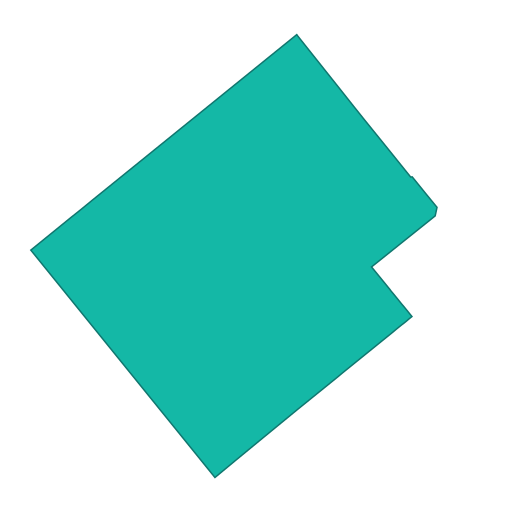 Tapenagá, Chaco, Argentina (Equal Earth projection), rotated 51°
{"feature_id": "61730980B55072056415049", "entity_name": "Tapenagá", "entity_type": "district", "adm_level": 2, "iso_a3": "ARG", "parent_name": "Argentina", "parent_adm1": "Chaco", "projection": "equal_earth", "projection_center": [-59.556, -27.643], "detail": "fine", "context": "isolated", "style": "filled", "palette": "teal", "viewbox_px": 512, "rotation_deg": 51, "n_neighbors": 0, "source": "geoboundaries", "source_scale": "gbopen_adm2", "svg_char_len": 1464}
<svg xmlns="http://www.w3.org/2000/svg" viewBox="0 0 512 512"><g transform="rotate(51 256 256)"><path d="M332.1,84.7L314.1,84.8L292.8,84.8L292.0,86.1L255.7,86.0L231.4,86.0L219.2,86.0L201.1,85.9L183.0,85.7L110.6,85.1L110.3,85.0L109.6,85.0L109.6,122.8L109.6,172.2L109.6,183.9L109.6,259.7L109.6,302.8L109.6,303.2L109.6,341.8L109.6,346.3L109.6,347.6L109.7,363.0L109.6,375.9L109.7,427.3L255.3,427.3L402.3,427.3L402.0,401.5L401.7,365.2L401.4,320.3L401.4,316.8L401.4,302.8L401.4,267.6L401.3,263.0L401.3,261.8L401.3,261.5L401.3,259.8L401.3,259.7L401.3,255.4L401.3,248.7L401.3,246.0L401.3,245.3L401.3,237.8L401.3,237.6L401.3,235.4L401.3,234.9L401.3,234.4L401.3,229.3L401.3,228.8L401.3,222.0L401.3,220.2L401.3,219.1L401.3,218.3L401.3,216.3L401.3,215.9L401.3,215.5L401.3,215.4L401.3,215.2L401.3,214.7L401.3,214.2L401.3,212.9L401.3,210.8L401.3,209.2L401.3,206.3L401.3,204.2L401.3,202.1L401.3,197.6L401.3,197.1L401.2,193.4L401.2,191.0L401.2,187.8L401.2,187.5L401.2,185.7L401.3,183.9L401.3,183.5L401.3,183.1L401.3,181.6L401.3,180.5L401.3,180.1L401.2,177.3L401.2,175.9L401.2,174.4L401.2,173.7L401.2,172.9L400.8,172.9L400.4,172.9L400.1,172.9L399.7,172.9L399.1,172.9L398.3,172.9L397.7,172.9L397.1,172.9L396.6,172.9L396.0,172.9L395.0,172.9L394.0,172.9L393.0,172.9L392.0,172.9L390.8,172.9L388.7,172.9L385.1,173.0L383.4,173.0L374.9,173.0L367.3,173.1L367.1,173.0L359.1,173.0L337.2,173.1L337.2,172.2L337.6,91.5L332.1,84.7Z" fill="#14b8a6" stroke="#0f766e" stroke-width="1.5"/></g></svg>